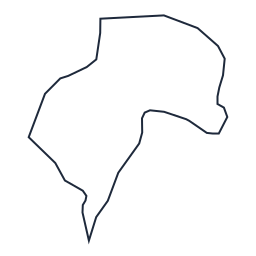 the border of Podvelka
{"feature_id": "SVN-214", "entity_name": "Podvelka", "entity_type": "Municipality", "adm_level": 1, "iso_a3": "SVN", "parent_name": "Slovenia", "parent_adm1": "", "projection": "albers", "projection_center": [15.369, 46.578], "detail": "fine", "context": "isolated", "style": "outline", "palette": "slate", "viewbox_px": 256, "rotation_deg": 0, "n_neighbors": 0, "source": "natural_earth", "source_scale": "10m", "svg_char_len": 589}
<svg xmlns="http://www.w3.org/2000/svg" viewBox="0 0 256 256"><path d="M163.9,15.4L197.6,28.1L218.0,46.0L224.7,58.7L223.0,75.3L219.3,87.5L217.5,96.5L217.5,104.0L223.9,107.6L227.3,117.0L218.8,133.5L212.4,133.5L206.8,132.9L189.2,120.8L186.2,119.2L164.1,111.8L150.0,110.3L144.7,112.6L142.0,118.3L142.2,132.5L139.2,143.5L118.3,172.7L107.8,200.8L96.2,217.1L88.9,240.6L82.5,212.5L82.8,205.0L85.5,200.5L86.4,195.9L82.8,190.7L64.9,180.5L55.3,163.0L28.7,137.2L45.0,93.8L60.3,78.4L68.2,75.9L86.8,67.0L96.3,59.4L100.2,33.0L100.4,18.7L163.9,15.4Z" fill="none" stroke="#1e293b" stroke-width="2"/></svg>